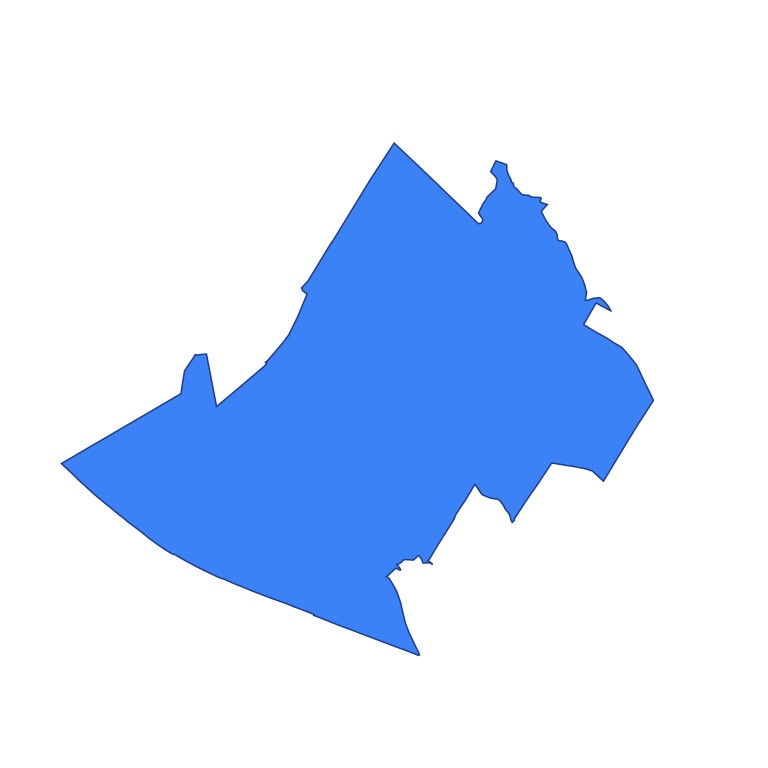 Bestepe, Tulcea, Romania (orthographic projection), rotated 209°
{"feature_id": "2599482B43256284009930", "entity_name": "Bestepe", "entity_type": "district", "adm_level": 2, "iso_a3": "ROU", "parent_name": "Romania", "parent_adm1": "Tulcea", "projection": "orthographic", "projection_center": [29.01, 45.096], "detail": "fine", "context": "isolated", "style": "filled", "palette": "blue", "viewbox_px": 768, "rotation_deg": 209, "n_neighbors": 0, "source": "geoboundaries", "source_scale": "gbopen_adm2", "svg_char_len": 4503}
<svg xmlns="http://www.w3.org/2000/svg" viewBox="0 0 768 768"><g transform="rotate(209 384 384)"><path d="M333.3,147.6L330.5,148.0L307.0,151.0L297.8,152.4L246.1,159.9L231.5,162.2L225.0,163.0L222.2,163.3L221.6,164.1L222.4,165.1L240.3,177.7L249.0,184.9L256.2,192.7L263.9,201.2L271.7,208.3L275.7,210.9L280.4,213.8L284.3,216.0L285.6,216.6L286.8,216.7L288.4,216.5L284.4,228.6L279.7,228.9L279.3,229.6L282.9,231.6L285.0,232.1L285.4,232.5L284.9,232.9L283.5,234.1L282.4,236.8L281.9,238.4L281.4,239.5L281.1,240.1L280.4,240.6L279.5,241.1L278.3,241.7L277.1,242.3L273.6,243.9L273.3,244.0L272.7,244.8L271.6,247.8L271.2,249.8L270.6,250.5L269.9,250.7L266.2,248.9L263.1,246.3L257.4,249.8L254.5,249.7L254.5,250.0L256.9,250.6L260.0,250.9L259.7,251.4L259.4,252.4L258.9,268.2L257.9,285.2L257.3,296.7L257.2,300.6L257.7,301.1L257.5,301.6L257.5,302.1L257.8,304.4L257.8,305.8L257.4,311.7L256.5,321.4L256.1,332.8L256.1,336.0L255.7,340.3L254.7,339.9L250.7,337.8L245.5,335.1L243.9,334.8L239.8,335.3L236.2,335.7L232.1,337.0L228.9,338.3L227.4,338.2L226.0,338.2L220.4,335.5L217.5,333.5L211.5,331.0L210.2,329.9L206.5,326.1L204.8,325.1L203.8,328.1L204.6,329.3L203.5,344.7L202.2,359.8L201.0,370.7L199.1,395.2L199.0,395.7L198.4,396.4L196.7,397.1L195.5,397.5L191.9,398.8L189.7,399.6L185.1,401.2L182.6,402.2L179.8,403.2L175.9,404.6L171.9,405.8L168.5,407.0L165.4,407.8L160.6,408.7L159.4,408.8L158.6,408.7L155.6,408.0L150.3,406.7L145.1,405.4L144.9,405.4L144.8,405.7L144.9,406.4L143.3,448.7L142.8,460.0L142.8,462.2L142.3,472.1L141.6,481.2L140.5,498.5L140.6,499.5L140.4,499.6L140.8,500.6L143.5,502.6L146.9,505.0L151.0,507.8L155.3,510.8L160.5,514.5L162.7,516.1L164.0,517.1L165.6,518.3L170.1,521.5L172.6,523.1L173.5,523.6L176.7,524.9L183.7,527.7L189.0,529.7L192.4,530.9L194.1,531.4L196.8,531.4L201.7,531.5L206.8,531.7L209.8,532.1L217.2,532.2L218.0,532.2L221.6,532.1L224.0,532.2L227.2,532.3L238.2,532.7L238.0,545.1L238.0,549.1L237.9,550.8L237.7,557.8L232.1,557.7L228.3,558.0L226.0,557.8L221.1,558.0L222.2,558.8L224.6,560.0L225.1,560.6L227.6,561.6L231.8,563.2L236.6,564.1L237.6,563.8L242.6,560.3L246.9,555.6L248.5,554.9L248.9,556.0L251.2,562.3L256.7,568.1L260.0,571.0L263.7,573.7L271.7,577.8L273.8,579.4L276.6,581.9L281.9,587.1L290.3,593.5L292.5,595.2L293.9,595.8L295.2,595.9L297.0,595.5L300.4,594.3L301.9,594.4L303.1,595.9L305.1,598.7L307.3,600.4L309.0,601.0L310.7,601.3L313.5,601.7L314.7,602.2L319.5,604.5L323.1,606.4L326.0,608.4L328.2,609.9L329.3,610.4L329.8,610.9L329.9,611.9L328.9,617.2L328.1,620.1L335.8,618.8L336.1,619.9L336.4,622.0L336.6,622.7L336.9,622.9L338.0,622.8L345.3,619.1L347.0,619.2L349.2,619.1L351.4,617.9L353.5,617.1L355.6,616.6L358.7,617.7L361.0,618.5L362.4,619.0L364.0,619.1L365.1,619.3L365.9,619.7L366.9,620.5L368.3,622.3L369.2,622.6L370.6,622.2L370.9,622.3L371.3,623.7L376.6,627.3L380.1,630.5L383.0,635.3L394.3,633.4L393.7,621.4L387.1,619.4L383.9,617.5L381.0,609.0L384.5,597.5L384.4,596.3L384.1,595.1L384.6,591.1L384.8,590.1L384.8,588.5L384.5,586.5L384.6,583.8L384.3,581.2L384.2,579.3L378.0,576.2L376.9,574.8L376.9,571.9L379.0,570.0L383.4,571.1L388.0,572.3L392.8,573.7L400.1,575.6L429.3,583.3L430.5,583.7L436.8,585.4L440.7,586.4L458.9,591.1L459.1,591.2L460.1,591.5L462.3,592.0L475.6,595.4L479.0,596.3L491.9,599.6L495.1,555.6L495.6,543.3L498.2,482.5L498.5,482.5L498.5,482.0L498.6,481.7L500.4,437.4L500.5,437.1L502.7,428.0L500.9,426.6L500.2,426.1L494.9,425.4L494.6,422.9L492.1,400.8L491.1,380.5L491.8,376.9L491.9,376.2L491.9,374.0L497.0,348.6L497.4,347.5L498.2,345.5L497.8,345.5L496.5,345.4L497.2,342.0L498.5,338.4L507.4,314.8L508.0,313.2L510.0,307.9L519.5,283.1L553.8,324.1L558.5,321.0L561.7,318.5L562.0,318.3L562.5,318.6L563.1,318.3L563.5,317.8L563.5,317.1L563.4,315.6L563.6,312.4L564.6,302.3L564.7,298.9L564.6,298.0L563.2,294.3L560.5,286.6L557.6,279.1L557.0,277.5L556.8,277.3L595.3,212.4L607.6,191.8L626.2,160.4L627.2,158.7L627.6,158.0L623.7,157.0L619.9,156.1L613.5,154.5L607.6,152.8L602.3,151.4L598.7,150.6L590.4,148.6L585.3,147.4L584.1,147.1L576.3,145.6L570.4,144.4L566.4,143.8L562.5,143.1L557.2,142.1L551.9,141.1L546.7,140.4L540.5,139.1L534.3,138.3L527.6,137.4L520.9,136.3L513.2,134.9L504.8,133.9L499.9,133.5L496.5,133.1L488.0,132.7L485.0,133.0L484.6,133.5L479.3,133.2L470.7,133.2L461.7,133.3L458.6,133.4L451.8,133.6L443.6,134.1L434.9,134.7L430.6,135.4L428.9,135.8L424.8,136.2L420.6,136.5L412.9,137.4L406.3,138.3L400.5,138.9L398.8,139.1L392.1,140.1L385.0,141.0L376.3,142.4L370.5,143.3L364.0,144.5L359.8,145.0L355.4,145.4L351.1,146.1L333.2,148.6L333.3,147.6Z" fill="#3b82f6" stroke="#1e3a8a" stroke-width="1.5"/></g></svg>